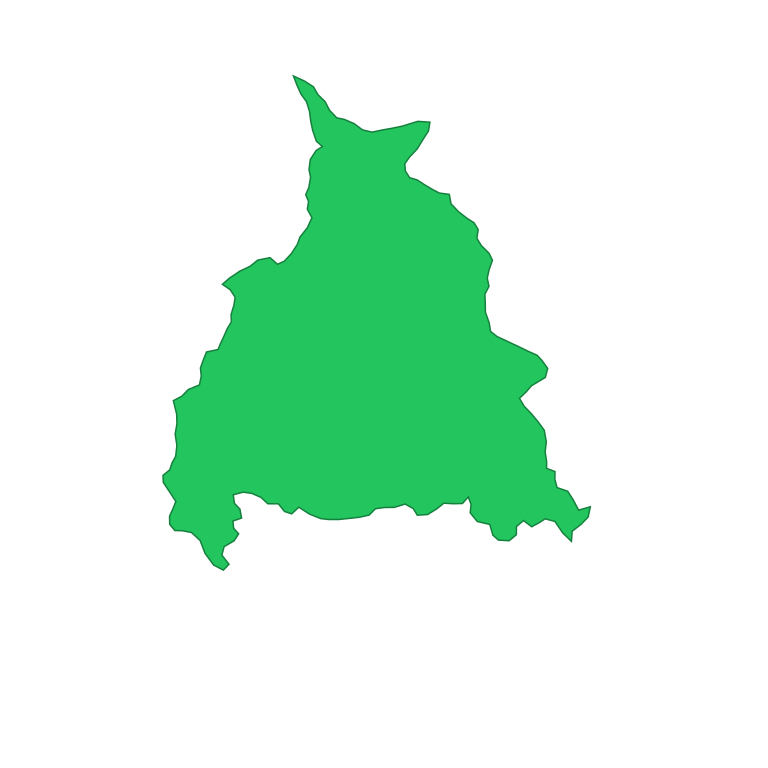 Florestal, Minas Gerais, Brazil, rotated 123°
{"feature_id": "56859067B66859822929128", "entity_name": "Florestal", "entity_type": "district", "adm_level": 2, "iso_a3": "BRA", "parent_name": "Brazil", "parent_adm1": "Minas Gerais", "projection": "albers", "projection_center": [-44.443, -19.858], "detail": "fine", "context": "isolated", "style": "filled", "palette": "green", "viewbox_px": 768, "rotation_deg": 123, "n_neighbors": 0, "source": "geoboundaries", "source_scale": "gbopen_adm2", "svg_char_len": 2535}
<svg xmlns="http://www.w3.org/2000/svg" viewBox="0 0 768 768"><g transform="rotate(123 384 384)"><path d="M374.6,144.1L383.8,152.1L378.1,162.2L373.9,171.5L376.6,182.4L370.9,188.8L364.3,192.9L366.2,201.7L360.3,205.5L353.3,211.8L344.1,216.4L335.5,224.4L331.6,234.7L328.7,244.0L326.3,254.4L322.2,262.6L313.4,260.5L305.0,259.3L298.4,256.1L290.6,252.3L281.8,255.2L278.3,264.1L276.5,271.4L278.0,280.7L279.2,290.3L281.0,303.4L282.6,315.0L281.9,323.2L275.6,328.9L268.5,338.1L260.2,343.7L253.7,348.3L245.0,349.1L238.9,355.1L230.6,358.2L221.2,360.4L217.2,366.9L214.9,377.8L211.2,385.5L203.2,389.1L199.8,396.1L199.8,404.9L198.9,415.3L196.4,425.9L189.4,432.5L193.7,441.6L194.5,450.1L194.8,459.1L194.8,467.5L197.0,474.9L193.7,482.1L188.0,486.5L179.9,486.2L168.8,484.2L156.7,484.5L147.6,484.5L139.4,488.1L145.3,498.7L157.9,509.2L165.1,516.5L172.0,523.9L179.2,531.1L182.6,540.4L181.9,550.8L183.7,561.4L186.5,568.6L184.1,578.7L179.3,587.2L177.3,597.0L173.2,605.0L173.2,615.3L175.0,627.7L180.8,619.7L186.1,611.5L189.5,602.7L196.0,594.9L203.6,588.5L210.1,582.0L217.2,573.0L218.4,565.0L225.2,568.1L235.8,568.1L245.0,563.7L250.6,558.2L260.1,554.1L267.8,552.8L272.0,546.7L279.2,543.5L283.8,535.0L294.8,533.4L306.5,534.5L314.2,532.7L324.9,532.7L335.4,534.5L341.6,538.6L340.1,548.4L348.9,557.4L358.4,560.5L368.1,566.5L379.7,571.4L388.4,573.8L388.7,564.2L392.4,556.0L399.7,552.8L409.2,550.0L414.9,545.9L422.9,545.6L430.9,544.3L438.8,543.2L445.5,542.0L453.8,550.3L461.0,548.9L470.5,546.7L477.0,541.5L485.3,538.3L495.1,545.1L504.3,546.9L512.7,551.6L522.2,541.5L530.1,536.0L539.7,531.9L548.4,524.2L558.2,519.3L565.6,518.8L572.7,516.9L581.0,519.6L586.8,515.4L591.4,504.7L595.9,494.6L604.0,493.0L611.6,491.9L618.4,487.3L620.8,479.6L616.9,473.2L613.4,464.6L615.4,453.0L623.5,441.8L628.6,428.4L627.6,417.4L619.6,415.8L615.8,426.8L607.5,429.5L597.1,424.3L588.8,424.3L586.9,431.5L581.2,436.1L574.0,430.4L567.4,436.7L565.5,444.5L559.0,450.1L551.4,443.2L547.7,435.1L546.1,425.4L547.7,416.2L542.0,407.3L545.1,398.0L543.2,390.7L533.7,388.3L533.7,375.7L531.3,363.6L527.6,356.3L522.3,348.2L515.8,340.1L509.2,332.1L502.1,325.1L493.2,323.2L487.3,316.3L482.0,308.3L473.2,300.9L472.5,291.6L475.9,284.6L469.7,276.3L459.9,271.7L451.4,268.9L446.5,260.4L441.5,253.1L432.8,251.8L437.5,245.5L445.1,241.5L448.5,230.9L444.2,218.8L451.5,210.3L452.6,203.0L447.3,193.7L438.3,190.9L431.4,195.3L422.5,192.6L423.3,182.4L416.0,178.4L409.3,175.4L406.2,165.8L411.6,152.9L413.9,141.1L405.0,146.0L394.4,142.3L384.4,140.3L374.6,144.1Z" fill="#22c55e" stroke="#15803d" stroke-width="1.5"/></g></svg>